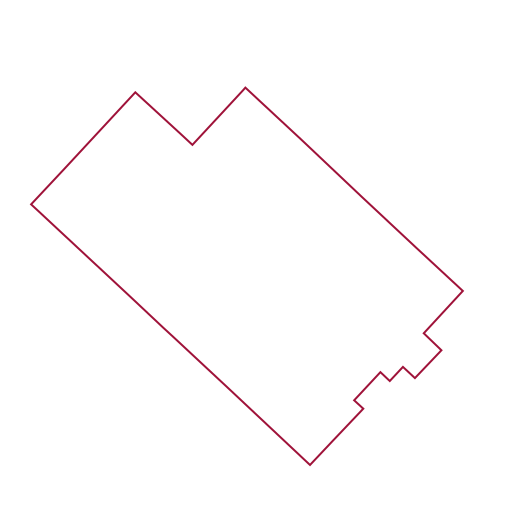 outline of Lamar, Mississippi, United States of America, rotated 313°
{"feature_id": "52423323B33166901073309", "entity_name": "Lamar", "entity_type": "district", "adm_level": 2, "iso_a3": "USA", "parent_name": "United States of America", "parent_adm1": "Mississippi", "projection": "albers", "projection_center": [-89.497, 31.208], "detail": "fine", "context": "isolated", "style": "outline", "palette": "rose", "viewbox_px": 512, "rotation_deg": 313, "n_neighbors": 0, "source": "geoboundaries", "source_scale": "gbopen_adm2", "svg_char_len": 511}
<svg xmlns="http://www.w3.org/2000/svg" viewBox="0 0 512 512"><g transform="rotate(313 256 256)"><path d="M140.0,438.0L173.4,438.2L217.5,438.6L217.4,426.2L232.0,426.2L255.9,426.2L255.8,439.1L275.1,439.1L275.1,455.5L313.5,455.9L313.9,431.4L371.5,431.1L371.3,367.2L371.4,293.1L372.0,210.8L371.9,152.6L371.9,133.4L368.3,133.5L333.3,133.6L293.9,133.7L293.9,120.7L293.4,56.1L191.3,56.4L140.4,56.3L140.5,189.6L140.3,236.9L140.4,252.4L140.4,327.2L140.0,438.0Z" fill="none" stroke="#9f1239" stroke-width="2"/></g></svg>